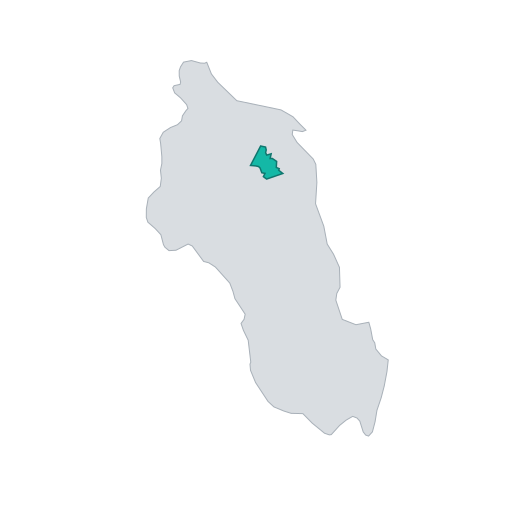 Mallakastër, Fier, Albania shown in context, rotated 161°
{"feature_id": "67620474B72354996665991", "entity_name": "Mallakastër", "entity_type": "district", "adm_level": 2, "iso_a3": "ALB", "parent_name": "Albania", "parent_adm1": "Fier", "projection": "orthographic", "projection_center": [19.767, 40.529], "detail": "fine", "context": "in_parent", "style": "filled", "palette": "teal", "viewbox_px": 512, "rotation_deg": 161, "n_neighbors": 0, "source": "geoboundaries", "source_scale": "gbopen_adm2", "svg_char_len": 1846}
<svg xmlns="http://www.w3.org/2000/svg" viewBox="0 0 512 512"><g transform="rotate(161 256 256)"><path d="M170.9,156.6L171.3,149.8L172.9,138.9L172.0,135.2L173.0,129.0L169.9,120.7L164.8,114.7L169.8,104.1L177.1,91.3L183.8,81.2L191.9,70.7L197.4,60.5L203.2,51.8L208.2,49.1L210.6,51.0L211.9,54.8L211.6,66.1L213.3,70.0L216.8,72.9L224.1,71.5L232.1,68.6L243.0,62.6L244.9,63.0L248.9,66.1L257.3,79.7L263.0,91.7L274.0,95.8L280.2,100.4L288.2,107.5L292.0,114.6L297.6,136.5L298.4,149.7L296.9,155.7L295.5,157.3L290.8,178.9L292.1,189.9L292.1,197.1L287.9,200.0L285.2,204.5L289.8,222.5L289.3,230.1L289.6,238.9L298.0,258.8L302.9,265.0L307.3,267.9L313.0,286.2L316.3,289.4L329.8,287.5L336.5,289.4L339.2,293.8L339.8,296.8L339.0,307.1L342.5,315.0L347.2,323.1L347.2,328.1L344.3,336.3L339.0,345.9L331.8,349.7L323.9,352.9L320.2,360.3L318.4,368.2L314.9,374.1L312.7,380.5L309.5,393.6L308.7,398.4L303.4,403.2L295.0,405.3L287.5,405.7L282.4,408.0L279.9,412.5L275.1,416.1L272.3,417.7L272.3,421.7L275.8,430.0L279.8,436.7L280.0,442.1L278.0,443.7L271.9,443.0L270.6,445.0L270.0,451.1L268.3,456.2L265.8,459.4L261.4,462.9L253.4,461.8L245.8,456.6L241.8,455.0L239.5,455.2L238.9,442.6L235.6,432.7L223.6,409.1L184.8,386.0L175.7,375.6L171.8,366.9L167.8,358.7L171.6,358.5L175.4,360.6L180.2,363.1L182.2,359.0L180.2,350.0L170.3,329.0L169.6,323.2L174.5,305.7L182.7,286.0L182.2,262.1L184.8,244.1L182.1,232.4L180.8,218.1L186.7,199.1L191.8,194.3L194.9,188.3L195.1,168.0L183.9,158.5L170.9,156.6Z" fill="#d9dde1" stroke="#a8b0b8" stroke-width="1"/><path d="M208.8,342.9L210.9,343.6L208.4,347.7L213.0,347.9L213.3,350.5L211.8,353.0L211.5,355.9L215.8,358.5L231.7,343.4L227.0,341.3L224.5,339.8L223.5,337.9L223.4,332.8L220.6,331.2L223.2,328.6L220.9,325.3L203.8,325.3L206.6,329.7L205.6,331.0L208.0,333.1L205.7,338.7L208.8,342.9L208.8,342.9Z" fill="#14b8a6" stroke="#0f766e" stroke-width="1.5"/></g></svg>